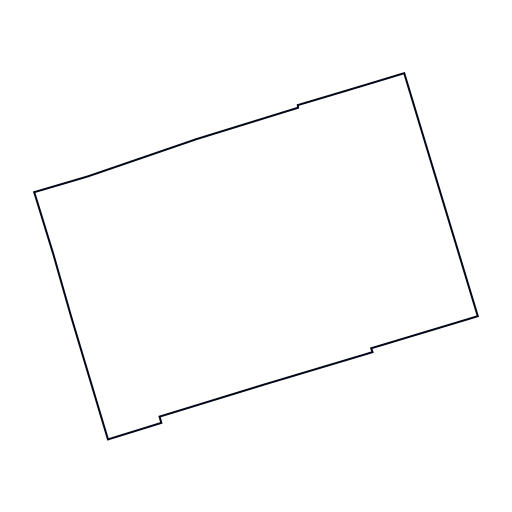 outline of Hubbard, Minnesota, United States of America, rotated 253°
{"feature_id": "52423323B61321967815878", "entity_name": "Hubbard", "entity_type": "district", "adm_level": 2, "iso_a3": "USA", "parent_name": "United States of America", "parent_adm1": "Minnesota", "projection": "natural_earth1", "projection_center": [-94.906, 47.108], "detail": "fine", "context": "isolated", "style": "outline", "palette": "ink", "viewbox_px": 512, "rotation_deg": 253, "n_neighbors": 0, "source": "geoboundaries", "source_scale": "gbopen_adm2", "svg_char_len": 389}
<svg xmlns="http://www.w3.org/2000/svg" viewBox="0 0 512 512"><g transform="rotate(253 256 256)"><path d="M130.7,227.5L130.0,339.3L134.1,339.2L133.6,450.5L323.3,451.0L387.5,451.2L387.7,395.4L388.1,340.1L385.5,339.6L385.2,233.6L381.3,118.4L381.9,62.5L375.4,62.6L316.6,62.7L252.5,61.5L123.9,60.8L124.1,116.7L130.6,116.8L130.7,227.5Z" fill="none" stroke="#020617" stroke-width="2"/></g></svg>